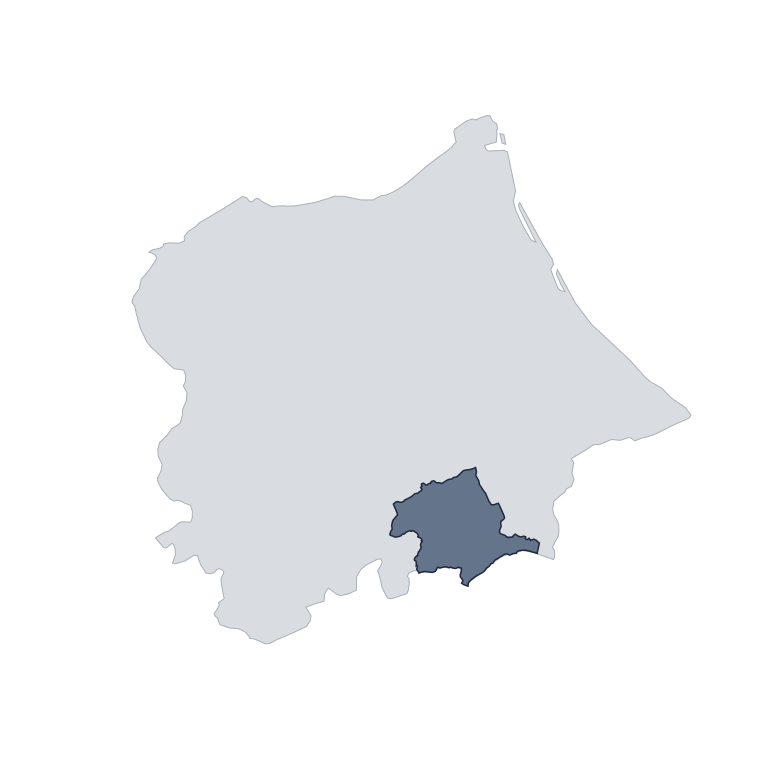 Dix-Huit Montagnes on a map of Ivory Coast (Robinson projection), rotated 247°
{"feature_id": "CIV-3441", "entity_name": "Dix-Huit Montagnes", "entity_type": "Department", "adm_level": 1, "iso_a3": "CIV", "parent_name": "Ivory Coast", "parent_adm1": "", "projection": "robinson", "projection_center": [-7.745, 7.377], "detail": "fine", "context": "in_parent", "style": "filled", "palette": "slate", "viewbox_px": 768, "rotation_deg": 247, "n_neighbors": 0, "source": "natural_earth", "source_scale": "10m", "svg_char_len": 8442}
<svg xmlns="http://www.w3.org/2000/svg" viewBox="0 0 768 768"><g transform="rotate(247 384 384)"><path d="M202.1,161.3L204.3,161.2L210.0,159.3L215.2,155.0L220.1,146.0L226.7,138.8L234.0,139.3L236.2,138.0L238.8,137.7L241.9,142.5L245.0,146.1L247.3,146.2L248.9,153.0L262.4,155.9L268.2,157.8L273.0,162.8L274.7,162.9L276.8,161.8L278.4,160.1L278.7,158.2L276.6,153.7L277.5,149.6L279.7,146.0L283.2,145.8L288.4,144.7L294.4,144.7L298.9,145.4L300.6,141.8L298.9,131.6L299.4,126.0L300.1,121.3L301.7,119.3L308.4,125.3L314.5,127.4L318.9,127.6L320.1,126.5L318.3,120.0L318.8,118.0L320.4,116.9L323.3,116.2L331.0,113.6L331.9,114.1L333.3,124.3L332.7,127.7L334.3,134.6L336.3,141.1L336.2,143.7L334.5,147.7L332.6,151.3L332.8,152.8L335.9,155.3L341.8,157.9L348.0,158.5L351.4,154.7L355.0,151.7L357.5,149.0L358.3,144.9L362.2,142.0L373.4,138.3L383.6,137.7L386.1,138.9L390.8,144.5L396.7,148.4L405.6,147.9L412.1,150.2L417.7,154.5L421.5,164.2L425.7,171.1L427.5,181.0L434.0,186.2L439.1,188.5L446.0,195.7L453.2,199.3L460.6,198.5L464.1,202.3L469.6,204.9L475.1,205.1L480.0,196.8L486.4,193.6L502.6,187.0L509.0,184.0L515.5,182.1L531.1,181.5L545.7,183.5L552.9,185.0L557.8,183.9L562.5,187.8L567.4,196.1L571.4,198.7L575.4,201.6L578.4,208.1L582.0,214.5L583.9,217.4L588.3,223.8L592.0,223.9L595.7,221.1L597.3,219.1L598.0,223.3L596.6,230.1L596.9,234.3L599.0,235.9L597.9,241.4L593.6,250.6L593.6,256.1L597.9,257.8L600.9,263.6L602.8,273.5L604.6,276.8L604.8,278.9L607.9,302.9L611.8,327.1L609.4,330.2L606.1,331.1L603.9,332.2L603.3,334.5L604.7,337.8L603.8,340.8L599.7,342.9L590.7,350.5L590.0,353.6L587.7,360.1L585.7,364.1L582.8,371.5L578.1,391.1L576.4,407.3L576.2,412.2L574.4,415.7L572.3,420.8L562.5,434.6L557.6,446.0L558.2,450.9L558.5,455.9L557.0,459.4L557.3,469.0L558.5,477.1L560.3,484.9L567.5,507.2L571.2,520.8L573.5,531.7L575.6,539.0L577.5,542.0L578.3,544.8L588.9,546.8L590.9,548.4L593.9,562.7L593.4,569.1L591.3,571.5L591.4,576.9L590.9,583.7L589.4,586.4L583.5,586.7L579.5,589.3L574.2,588.3L573.6,586.6L570.8,586.0L562.9,582.1L564.2,569.8L560.6,569.3L557.8,570.9L552.2,585.7L549.6,588.3L510.4,580.6L501.9,574.5L491.7,573.1L474.0,573.8L459.3,575.6L455.1,579.3L492.1,577.2L496.1,577.6L497.9,579.8L451.2,584.7L433.4,587.6L428.1,586.8L424.1,582.1L404.7,581.5L400.8,583.1L398.4,586.6L406.0,585.8L418.0,585.6L421.3,588.3L383.6,591.8L357.5,598.4L346.4,603.4L310.0,619.6L287.8,627.2L282.0,630.0L271.8,638.0L258.9,643.0L244.3,652.3L235.4,654.4L233.4,651.4L233.2,635.7L231.9,614.5L232.4,606.4L233.6,598.8L233.6,592.5L238.0,590.1L239.2,587.5L239.9,579.3L244.0,571.8L244.1,558.8L245.3,556.1L246.2,552.6L244.4,544.1L242.2,528.0L241.0,526.9L240.0,527.6L237.7,527.9L228.6,522.3L221.5,521.4L216.6,516.6L216.2,511.2L213.8,508.0L212.1,501.8L209.7,494.6L202.7,490.2L196.2,489.2L191.5,490.1L186.1,489.8L179.9,487.4L175.5,484.7L171.5,479.4L167.7,475.2L164.7,475.8L161.0,474.8L157.4,472.9L156.2,471.4L171.3,454.7L176.5,446.5L177.0,441.5L177.1,436.4L178.7,431.2L179.2,423.3L170.8,394.7L168.7,385.8L166.4,383.2L165.0,382.2L169.2,378.6L175.1,379.5L184.0,382.4L186.0,379.5L192.7,365.1L192.5,359.7L191.9,356.0L195.8,346.1L199.0,342.2L200.6,338.1L200.1,332.5L197.7,330.4L194.6,330.8L190.9,329.4L185.1,326.1L182.2,323.2L183.1,310.2L183.7,306.1L185.7,303.8L188.8,303.1L197.7,302.7L204.9,304.2L211.2,305.1L214.5,305.1L217.2,309.0L220.9,312.9L224.1,312.9L225.2,309.9L224.4,297.0L222.3,290.2L217.5,283.6L205.0,278.0L204.7,270.1L206.0,261.6L208.7,258.5L217.9,253.0L216.3,250.1L213.4,247.0L207.5,243.9L208.8,233.7L209.1,224.6L204.2,225.6L199.1,226.2L194.8,223.4L191.1,217.8L190.5,202.6L190.5,185.1L189.8,177.3L191.2,173.2L195.6,169.3L200.4,164.4L202.1,161.3ZM569.1,588.5L567.1,591.8L557.1,589.7L559.5,586.9L569.1,588.5Z" fill="#d9dde1" stroke="#a8b0b8" stroke-width="1"/><path d="M204.1,343.5L203.9,342.5L205.3,343.2L206.7,343.8L208.4,344.2L208.9,344.0L209.2,343.6L209.5,343.3L210.0,343.2L211.0,343.6L212.1,344.7L212.1,344.8L212.3,345.2L212.4,345.6L212.5,346.0L213.0,346.6L213.1,346.9L213.0,347.3L212.8,347.6L212.9,348.0L213.1,348.2L213.7,348.3L214.0,348.6L214.4,348.8L214.7,349.0L215.3,349.6L215.6,349.8L216.0,350.1L216.2,350.5L216.3,350.9L216.5,351.3L217.0,351.9L217.3,352.2L217.9,353.3L218.0,353.6L218.4,354.0L219.2,354.3L220.7,354.5L222.0,355.0L222.6,355.5L222.9,355.9L223.2,356.2L223.6,356.5L223.8,356.9L224.0,357.7L224.3,357.9L224.6,357.8L225.2,357.1L225.5,357.2L225.7,357.5L225.9,357.9L226.1,358.1L226.5,358.1L227.1,357.9L228.2,357.2L229.0,356.3L229.4,356.0L229.6,355.6L229.9,355.4L230.1,355.4L230.4,355.6L230.5,356.1L230.7,356.4L231.1,356.5L231.6,356.5L232.3,356.2L232.9,356.2L233.5,356.2L234.0,356.1L234.7,355.6L235.5,354.8L235.8,354.6L236.2,354.5L236.6,354.4L236.9,354.0L237.2,353.7L237.4,353.3L237.7,353.1L237.9,352.9L238.1,352.7L238.0,352.4L237.8,352.0L237.7,351.7L237.8,351.3L238.0,351.1L238.4,350.8L238.9,350.3L239.1,349.8L239.1,349.4L239.0,348.9L238.9,346.3L238.8,345.9L238.7,345.7L238.2,344.8L238.2,344.6L238.1,344.3L238.1,343.8L238.2,343.4L238.3,343.0L238.6,342.4L238.7,342.2L238.6,341.9L238.1,341.3L237.9,341.0L237.8,340.5L237.7,340.0L237.8,337.9L238.5,335.0L238.7,334.5L238.9,334.2L239.1,333.9L239.7,333.4L240.8,332.4L241.3,331.8L241.8,331.2L242.1,330.9L242.5,330.6L243.1,330.6L243.7,330.8L244.8,331.9L245.6,332.5L246.0,333.0L246.3,333.4L246.6,334.1L246.9,334.5L247.3,334.8L247.8,335.0L250.5,335.7L251.7,336.4L254.5,338.4L254.7,338.7L255.0,339.0L257.5,343.7L258.2,345.2L260.4,345.7L269.8,345.7L270.7,348.3L270.7,350.0L270.2,351.0L269.4,351.8L268.7,352.9L268.4,353.6L268.3,354.1L268.2,355.5L268.3,356.3L269.0,357.3L269.1,357.9L269.4,363.4L269.9,366.3L270.7,368.6L270.8,369.5L270.8,370.5L270.6,371.3L270.2,372.1L270.7,373.5L271.5,377.2L272.0,377.9L273.6,377.4L274.5,377.4L275.1,378.9L276.8,379.1L277.4,379.6L277.4,381.3L276.3,382.2L274.9,382.9L274.3,384.0L274.7,386.0L274.8,386.9L274.7,387.2L274.6,387.3L274.4,387.6L274.3,388.1L274.5,388.4L275.5,389.0L275.8,389.5L275.6,391.8L274.4,392.8L272.9,393.3L272.2,394.5L272.0,395.4L271.5,396.3L271.0,396.9L270.6,397.7L270.2,397.8L269.9,398.1L269.7,398.6L269.8,399.1L270.1,400.0L270.8,404.3L270.9,406.3L270.5,407.8L270.1,408.7L270.2,409.7L270.6,410.6L270.7,411.3L270.2,414.2L270.2,415.1L273.1,422.9L273.2,424.2L272.9,425.4L271.6,430.2L271.3,432.9L271.3,433.9L271.4,435.6L270.9,435.6L267.4,434.9L266.3,434.4L264.5,433.0L264.1,432.8L263.3,432.8L257.6,433.4L255.1,432.7L254.6,432.7L253.6,432.7L246.6,434.0L244.4,434.6L243.7,434.8L235.8,434.8L231.0,435.6L230.0,437.6L229.9,438.2L229.6,442.6L228.6,442.8L216.1,443.0L214.9,442.9L213.8,442.7L213.1,441.9L212.8,441.4L211.9,438.7L211.6,437.9L211.2,437.5L210.6,437.2L208.8,436.6L207.8,436.4L207.2,436.1L206.6,435.7L205.0,434.0L204.4,433.5L204.0,433.2L202.1,432.3L200.4,433.0L197.5,436.2L196.6,436.7L196.0,436.8L195.6,436.7L195.4,437.0L195.2,437.4L194.9,437.9L194.5,438.2L193.9,438.5L193.8,438.8L194.1,439.4L193.7,440.5L193.1,441.9L193.0,442.5L193.0,442.9L193.1,443.2L193.3,443.3L193.6,443.3L193.8,443.6L194.5,445.7L194.5,446.2L194.1,446.4L193.7,446.6L193.1,447.0L192.4,447.6L191.5,448.2L191.1,448.4L190.7,449.1L189.8,449.8L189.7,450.2L189.6,451.0L189.4,452.7L189.1,453.6L188.5,454.3L188.0,454.6L187.6,454.7L187.3,454.5L187.2,454.2L187.1,453.8L187.0,453.6L186.5,453.6L185.0,454.6L184.8,455.1L184.8,455.4L185.3,456.6L185.4,457.2L185.1,457.4L184.3,457.6L184.0,457.7L183.6,457.8L182.8,457.6L182.6,457.8L182.8,458.5L182.8,459.0L182.7,459.5L182.6,460.0L182.7,460.4L182.7,460.9L182.6,461.4L182.1,461.7L180.3,463.3L179.8,463.4L178.8,463.8L178.2,464.1L177.4,464.8L176.8,464.7L176.1,464.4L168.8,459.1L168.3,458.9L175.0,450.4L176.1,448.5L177.0,446.1L177.7,443.5L177.8,442.3L177.7,441.2L177.4,440.7L176.8,440.2L176.4,439.6L177.3,437.3L177.4,435.9L177.3,434.5L177.4,433.0L177.8,432.3L179.4,431.0L179.9,430.2L180.1,428.1L178.8,420.0L178.7,418.0L178.5,417.2L178.1,416.3L177.0,415.0L176.7,414.5L176.6,414.0L176.8,412.9L176.8,412.3L176.5,411.7L175.6,410.4L175.2,409.7L174.6,407.1L174.1,406.0L172.9,403.9L172.4,402.9L172.0,401.3L171.1,393.0L169.5,387.0L168.2,384.0L165.1,382.3L168.5,378.7L170.4,377.6L172.1,379.9L173.5,379.8L176.2,378.9L178.7,379.6L181.5,382.1L184.2,383.4L186.4,380.7L186.4,380.1L186.2,378.7L186.2,378.1L186.6,377.1L188.1,375.0L188.4,374.7L189.2,374.1L189.5,373.8L189.6,373.4L189.4,372.6L189.4,372.2L191.8,369.1L192.2,367.9L192.5,365.1L192.7,363.7L193.1,363.2L193.6,362.9L194.0,362.4L194.2,361.6L193.8,360.7L192.1,359.0L191.5,358.1L191.7,354.7L195.4,348.4L196.2,345.1L196.3,343.0L196.2,342.3L197.3,342.3L200.5,341.7L201.2,342.0L201.9,342.7L202.8,343.4L204.1,343.5Z" fill="#64748b" stroke="#1e293b" stroke-width="1.5"/></g></svg>